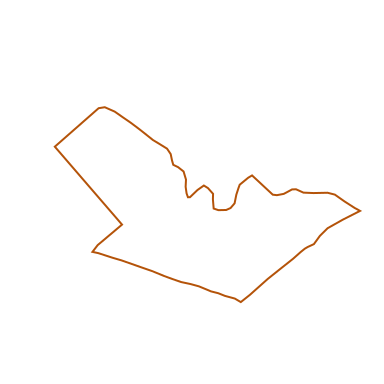 Kampong Cham, Kâmpóng Cham, Cambodia, rotated 49°
{"feature_id": "14789045B1741124947579", "entity_name": "Kampong Cham", "entity_type": "district", "adm_level": 2, "iso_a3": "KHM", "parent_name": "Cambodia", "parent_adm1": "Kâmpóng Cham", "projection": "natural_earth1", "projection_center": [105.447, 11.989], "detail": "fine", "context": "isolated", "style": "outline", "palette": "amber", "viewbox_px": 384, "rotation_deg": 49, "n_neighbors": 0, "source": "geoboundaries", "source_scale": "gbopen_adm2", "svg_char_len": 1160}
<svg xmlns="http://www.w3.org/2000/svg" viewBox="0 0 384 384"><g transform="rotate(49 192 192)"><path d="M307.1,227.4L307.6,215.8L307.5,207.7L307.3,191.8L308.0,175.0L308.7,159.5L308.6,149.3L308.8,144.0L309.4,140.8L311.3,134.2L309.0,124.2L308.3,113.4L311.8,96.4L316.5,77.6L313.6,78.6L310.8,79.7L299.1,83.1L287.7,85.9L281.5,90.2L272.5,101.0L265.6,108.3L258.2,111.7L255.7,114.8L254.5,120.2L253.6,124.0L250.1,130.0L247.0,132.8L222.7,135.4L218.9,135.8L218.1,140.2L217.8,151.2L219.5,154.3L223.1,160.3L228.5,167.3L229.4,173.4L228.0,178.0L223.0,184.0L218.7,186.5L211.2,181.0L207.2,177.3L199.5,177.4L194.9,178.8L194.1,186.5L194.6,196.9L193.3,198.5L189.5,197.0L183.9,193.4L178.7,188.4L171.0,184.9L164.1,186.2L159.2,188.3L155.1,186.4L149.4,183.2L142.9,182.4L134.2,185.1L127.1,187.4L119.3,188.8L110.3,190.5L99.5,192.8L90.6,195.1L80.6,197.6L70.8,202.2L67.5,207.5L67.8,265.8L170.7,266.2L170.2,298.0L171.9,306.4L176.7,302.8L189.5,295.1L197.3,290.1L215.4,279.8L225.5,274.0L237.2,268.1L244.8,263.9L252.8,259.3L260.5,253.5L267.7,248.7L274.5,245.3L277.1,244.0L279.4,242.9L285.6,238.6L292.0,235.3L300.5,229.6L307.1,227.4Z" fill="none" stroke="#b45309" stroke-width="2"/></g></svg>